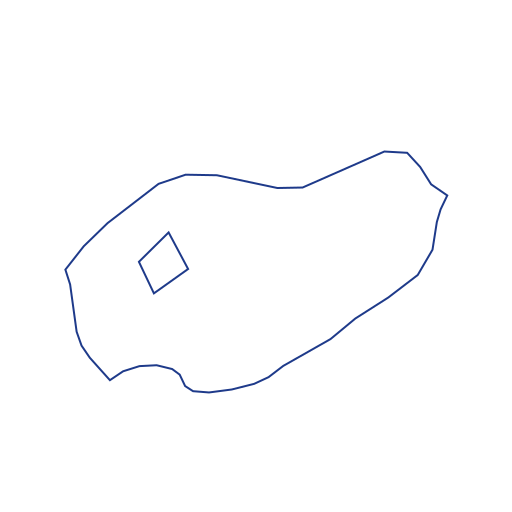 the border of Benguet, rotated 60°
{"feature_id": "PHL-2559", "entity_name": "Benguet", "entity_type": "Province", "adm_level": 1, "iso_a3": "PHL", "parent_name": "Philippines", "parent_adm1": "", "projection": "mercator", "projection_center": [120.715, 16.554], "detail": "fine", "context": "isolated", "style": "outline", "palette": "blue", "viewbox_px": 512, "rotation_deg": 60, "n_neighbors": 0, "source": "natural_earth", "source_scale": "10m", "svg_char_len": 675}
<svg xmlns="http://www.w3.org/2000/svg" viewBox="0 0 512 512"><g transform="rotate(60 256 256)"><path d="M172.5,427.9L161.4,400.2L153.3,368.1L144.8,304.3L150.4,276.3L166.5,249.5L207.8,203.5L220.0,181.4L229.7,92.6L242.2,73.5L261.0,69.3L281.5,68.5L299.2,60.1L307.9,72.8L317.0,82.4L338.8,100.0L353.3,125.4L358.1,162.2L359.8,201.2L365.2,233.0L364.8,287.3L367.2,305.7L365.8,321.5L359.5,343.7L350.7,364.9L341.6,378.1L333.2,382.4L320.6,381.4L312.0,385.1L300.9,396.7L293.1,412.0L289.4,428.7L290.5,444.6L261.0,450.8L246.4,451.9L231.9,449.2L187.7,431.2L172.5,427.9ZM237.3,363.1L233.3,321.3L191.9,319.9L202.5,360.3L237.3,363.1Z" fill="none" stroke="#1e3a8a" stroke-width="2"/></g></svg>